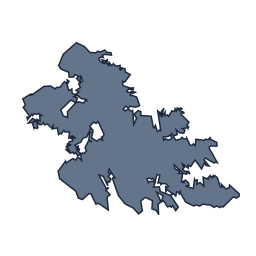 the district of Vestvågøy nor, Nordland, Norway, rotated 262°
{"feature_id": "86288312B23095338426398", "entity_name": "Vestvågøy nor", "entity_type": "district", "adm_level": 2, "iso_a3": "NOR", "parent_name": "Norway", "parent_adm1": "Nordland", "projection": "albers", "projection_center": [13.78, 68.202], "detail": "fine", "context": "isolated", "style": "filled", "palette": "slate", "viewbox_px": 256, "rotation_deg": 262, "n_neighbors": 0, "source": "geoboundaries", "source_scale": "gbopen_adm2", "svg_char_len": 5782}
<svg xmlns="http://www.w3.org/2000/svg" viewBox="0 0 256 256"><g transform="rotate(262 128 128)"><path d="M47.4,228.9L57.4,220.6L55.0,220.0L54.0,216.5L59.2,212.7L56.2,212.9L56.9,211.1L66.1,209.7L68.6,207.6L66.7,204.2L68.6,205.4L67.6,203.3L69.5,202.8L67.0,199.7L65.7,201.0L68.9,195.5L59.8,195.0L64.0,191.8L62.8,188.5L67.0,189.4L66.7,186.7L66.9,186.6L67.5,186.8L67.9,186.7L58.9,184.3L62.6,176.7L62.7,180.4L65.2,180.4L68.4,177.6L67.4,175.0L65.8,176.4L67.2,173.3L75.0,175.7L76.2,171.8L77.7,173.6L81.1,168.7L84.9,168.7L75.4,176.4L74.1,179.7L76.5,180.0L73.8,183.0L76.6,182.0L77.2,178.2L79.6,176.3L81.2,178.4L82.5,177.2L82.9,177.8L84.9,176.7L85.1,176.7L79.9,182.1L82.8,182.4L81.1,184.7L86.9,189.9L77.2,195.2L83.1,199.1L80.1,199.9L79.1,203.0L85.8,198.8L87.5,200.5L81.3,208.2L82.0,210.2L81.2,211.6L97.4,205.3L98.8,207.2L97.7,213.6L101.4,213.9L105.7,207.6L107.5,208.5L105.2,205.6L106.2,203.0L105.1,201.9L107.4,193.7L101.2,192.1L103.1,190.5L101.9,189.1L102.4,187.1L110.1,184.7L109.2,184.3L109.4,181.7L111.3,180.2L109.6,178.3L109.3,173.6L113.2,171.7L110.8,168.4L110.6,165.8L112.4,163.5L110.8,161.7L114.3,161.6L114.0,166.6L115.1,168.4L113.6,169.5L116.4,170.3L113.7,172.3L114.7,175.9L119.5,175.5L116.0,178.4L115.1,182.5L117.9,184.1L119.8,181.8L120.0,186.8L119.2,187.2L121.1,187.5L120.3,188.8L122.4,186.5L125.3,189.2L134.4,182.3L135.8,183.0L134.7,185.2L135.7,185.5L139.0,180.7L139.7,181.8L139.2,184.7L140.6,182.7L139.8,181.8L141.0,179.5L138.1,178.4L140.5,177.3L137.8,176.6L138.9,173.8L134.0,169.8L135.5,168.7L135.1,166.4L138.9,166.9L136.0,164.4L138.1,164.2L137.9,163.8L135.3,163.6L137.2,162.2L135.7,162.2L137.4,161.1L136.6,160.3L138.6,161.5L137.1,163.2L142.6,166.4L138.3,162.1L140.8,159.8L120.1,160.1L121.7,159.2L120.3,156.6L126.8,155.5L124.4,153.8L125.2,153.1L136.4,152.6L138.6,142.4L142.5,143.0L143.8,140.5L140.8,135.8L136.5,137.9L130.8,134.2L144.4,135.0L143.6,134.3L147.0,130.8L145.3,127.5L147.1,125.8L149.9,128.7L147.8,131.4L149.3,132.8L147.7,138.1L148.0,141.5L148.7,142.6L157.4,140.9L159.8,136.6L159.7,135.0L160.1,134.7L162.8,136.4L161.7,137.4L162.4,140.2L164.0,136.7L162.6,135.0L164.3,131.7L166.4,133.8L165.3,138.6L167.1,138.9L167.2,135.8L170.7,128.9L174.8,129.2L173.9,131.1L180.5,137.7L183.8,133.3L187.3,133.2L187.8,130.9L186.3,128.5L188.0,128.0L188.9,130.9L188.2,128.4L191.1,128.9L190.8,124.7L193.8,122.5L192.0,120.5L193.8,119.4L192.8,117.7L196.1,119.1L194.1,116.6L196.0,114.4L196.5,116.9L198.5,116.9L197.6,115.1L199.2,111.6L194.8,113.5L198.0,109.6L200.6,108.6L202.2,111.2L201.2,113.4L203.5,112.7L204.1,115.2L202.5,121.8L205.0,121.6L205.8,117.7L208.5,115.7L207.1,111.2L208.3,108.9L206.9,106.6L208.1,100.8L214.9,96.0L219.6,88.7L210.0,74.1L199.4,68.0L195.7,69.8L191.4,77.1L186.6,76.8L186.1,81.3L188.3,82.8L186.0,86.4L184.3,84.0L179.5,87.0L186.0,88.2L185.4,88.9L180.7,89.6L178.6,85.3L174.6,86.5L172.6,81.8L170.6,84.5L169.0,81.1L163.8,85.5L162.0,90.8L160.8,91.0L161.6,89.8L158.8,87.6L160.9,82.5L160.0,79.4L152.6,70.4L146.9,69.6L149.0,65.6L155.3,63.9L163.7,75.6L160.2,79.7L164.8,82.1L166.5,78.9L167.3,81.7L170.1,77.5L174.4,77.8L173.3,74.6L180.2,73.6L179.8,74.0L182.5,76.1L184.1,74.5L180.5,74.2L182.8,71.4L177.9,66.4L178.1,62.7L176.8,61.4L180.4,57.2L180.9,50.5L174.4,38.1L175.5,37.4L174.1,37.6L174.2,35.1L175.4,37.0L171.5,27.8L165.2,29.6L163.0,27.1L153.1,32.5L152.7,29.4L150.2,29.7L154.9,34.4L154.3,34.4L154.2,34.7L153.8,34.9L153.5,35.3L155.1,36.6L154.2,41.0L154.8,41.5L152.3,44.5L152.4,42.3L147.1,41.9L149.0,39.5L147.9,39.7L148.7,37.9L147.7,37.6L146.8,34.8L149.0,37.0L150.8,34.8L146.8,29.9L146.9,33.9L140.7,34.9L141.4,35.3L140.2,38.2L140.9,38.8L148.0,38.6L144.1,40.4L143.2,42.5L145.0,44.9L142.7,45.7L143.1,48.8L137.9,52.8L142.1,54.8L137.6,53.0L137.9,58.0L131.2,58.3L132.1,60.1L131.4,61.2L134.6,64.1L132.8,65.1L132.2,69.5L126.3,68.1L128.1,71.6L125.0,75.0L126.3,72.4L125.4,71.9L127.2,71.2L125.5,69.1L126.1,70.6L124.3,71.2L125.3,71.4L125.1,72.1L122.7,70.9L122.7,67.8L120.8,67.5L120.8,65.2L119.2,68.8L118.5,68.0L119.2,65.4L118.2,64.5L118.2,65.6L116.8,64.8L116.1,66.1L114.9,65.6L114.2,66.8L113.3,66.9L115.8,63.1L111.0,67.3L111.8,69.7L110.0,70.9L111.0,72.5L107.8,74.3L108.1,76.9L109.9,77.2L112.6,74.3L114.3,74.1L112.9,76.6L114.0,76.8L115.6,73.9L115.1,75.8L117.0,76.3L116.8,74.1L118.4,72.9L120.6,79.4L124.2,81.8L124.8,85.9L132.4,90.7L129.5,93.3L135.0,90.5L138.6,94.7L136.9,97.1L138.5,99.1L136.8,99.9L125.0,103.4L122.1,101.1L123.2,100.2L119.5,101.1L121.1,98.7L119.5,95.4L121.3,92.7L123.8,90.5L128.6,92.6L129.7,89.7L121.9,87.6L119.2,90.3L120.8,87.1L114.4,82.7L111.3,83.8L108.8,80.8L109.7,79.4L108.5,77.4L102.4,77.5L106.4,74.3L103.5,71.8L105.4,69.0L102.1,62.1L102.3,61.7L103.3,61.8L103.5,61.7L102.0,61.6L103.5,61.2L94.9,52.8L87.3,53.3L72.6,67.6L65.5,69.1L63.5,72.9L68.4,80.1L68.0,82.1L56.9,85.7L57.8,87.0L56.6,89.4L49.5,97.1L62.4,97.6L64.4,101.0L69.4,97.4L71.2,100.2L71.6,99.6L70.9,98.8L70.9,98.1L85.5,92.7L83.6,96.8L73.6,99.9L77.7,100.1L77.0,101.9L79.6,104.0L83.1,101.7L85.5,105.2L86.2,102.3L89.9,103.6L80.7,108.0L81.4,106.8L80.3,105.6L62.5,109.1L53.3,114.5L48.1,122.0L41.5,126.5L43.9,130.7L53.8,130.4L56.9,135.3L52.7,142.1L44.6,140.5L42.2,144.7L37.9,146.3L48.2,147.1L50.7,150.3L60.5,147.4L56.1,153.4L50.1,150.6L51.0,153.1L44.4,156.1L44.8,159.1L43.6,159.8L44.7,161.4L39.5,163.7L42.7,166.8L55.2,160.8L60.7,151.1L65.3,150.9L65.9,145.0L70.4,147.4L70.9,145.9L71.8,145.4L72.0,141.6L71.1,140.6L75.1,139.7L75.5,141.9L74.0,144.3L74.9,145.5L71.2,147.3L77.9,150.3L76.8,152.9L69.4,150.0L69.3,152.5L67.4,152.7L68.2,153.9L67.7,157.5L64.6,160.0L63.6,158.9L64.8,157.1L59.5,156.6L61.4,158.1L57.5,162.3L55.5,161.2L56.6,164.0L54.0,165.8L58.1,167.5L57.1,169.3L57.8,170.7L54.9,169.0L56.5,170.9L46.7,174.7L41.6,182.3L42.4,184.9L40.7,188.0L42.2,191.5L40.1,199.1L37.6,202.0L38.3,205.4L36.4,207.8L37.3,209.6L36.5,211.1L45.1,222.7L43.5,225.6L44.8,228.5L47.4,228.9Z" fill="#64748b" stroke="#1e293b" stroke-width="1.5"/></g></svg>